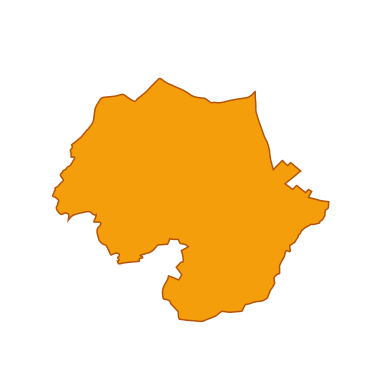 the district of Yen Mo, Ninh Bình, Vietnam, rotated 298°
{"feature_id": "81297802B9308814425220", "entity_name": "Yen Mo", "entity_type": "district", "adm_level": 2, "iso_a3": "VNM", "parent_name": "Vietnam", "parent_adm1": "Ninh Bình", "projection": "robinson", "projection_center": [105.992, 20.128], "detail": "fine", "context": "isolated", "style": "filled", "palette": "amber", "viewbox_px": 384, "rotation_deg": 298, "n_neighbors": 0, "source": "geoboundaries", "source_scale": "gbopen_adm2", "svg_char_len": 5952}
<svg xmlns="http://www.w3.org/2000/svg" viewBox="0 0 384 384"><g transform="rotate(298 192 192)"><path d="M83.3,262.6L85.7,264.4L90.5,268.6L93.9,271.3L100.7,274.3L103.4,281.6L109.1,290.5L110.3,292.0L112.6,292.0L115.8,291.8L117.7,292.1L118.9,293.5L121.0,295.9L122.7,297.3L125.4,300.3L127.7,303.6L129.6,305.9L133.1,308.0L135.1,308.1L142.1,307.4L144.3,307.7L147.6,307.9L149.8,307.9L150.7,307.5L151.9,306.5L153.9,305.2L155.3,304.7L156.7,304.9L159.9,306.1L160.5,307.1L161.2,307.6L162.1,307.1L168.0,303.9L172.2,303.7L178.4,303.8L182.3,302.8L183.9,302.7L184.4,302.9L184.9,303.5L185.0,306.0L185.8,306.4L186.7,306.3L187.6,305.5L189.2,304.1L190.7,303.5L193.4,305.0L196.2,306.4L198.8,306.4L200.5,306.7L201.7,306.7L202.5,306.7L203.6,306.3L204.0,306.3L204.4,306.4L205.2,306.8L206.1,306.9L208.9,306.9L209.4,306.9L209.8,307.1L210.3,307.2L211.0,307.7L212.2,308.1L213.1,308.3L219.1,312.2L219.5,312.6L219.9,313.6L220.2,314.2L221.2,315.6L222.5,316.9L223.6,318.3L224.5,319.1L224.9,319.2L225.1,319.1L225.4,318.8L225.6,318.7L225.8,318.7L226.0,318.7L228.6,320.1L228.8,320.1L229.6,320.2L232.0,320.3L233.1,320.5L233.5,320.4L236.1,319.1L237.6,318.6L238.0,318.5L238.6,318.5L239.1,318.5L239.7,319.0L241.1,319.6L241.9,319.7L242.5,319.6L243.0,319.4L245.0,318.5L247.6,317.3L245.8,312.6L244.4,308.4L244.3,307.4L242.8,301.0L242.4,299.9L242.1,298.2L242.0,297.3L243.7,297.3L248.7,297.4L248.8,293.6L244.8,292.6L245.1,290.6L246.4,283.9L246.9,281.6L246.8,281.3L246.5,281.2L245.8,280.9L244.2,280.4L241.9,279.9L241.6,279.7L242.9,270.3L256.1,275.9L257.0,276.2L259.6,277.1L261.5,278.2L264.3,265.3L260.2,264.1L261.2,260.0L261.4,259.4L261.8,258.7L262.3,257.2L261.8,256.9L257.4,255.5L249.9,253.3L256.9,246.7L261.4,243.2L263.4,242.0L264.3,241.4L266.5,239.6L269.4,236.9L271.7,234.5L273.4,232.0L275.5,229.1L276.5,228.1L285.3,218.4L288.5,215.1L289.9,213.8L291.4,212.1L293.6,210.4L295.7,209.1L297.9,208.0L302.1,205.5L306.2,202.8L307.8,202.1L310.2,200.7L309.2,200.1L306.3,199.4L304.6,198.7L303.1,197.9L302.3,197.3L301.3,196.4L300.6,195.6L297.4,191.3L294.8,187.8L290.9,182.9L285.2,176.5L283.8,174.5L283.2,173.5L282.5,171.9L281.5,169.4L280.4,168.1L280.2,167.8L280.0,167.4L279.9,167.0L279.8,166.2L280.5,161.8L280.7,160.0L280.6,159.2L280.5,158.8L280.1,157.9L278.0,152.2L277.7,151.3L277.2,148.8L277.0,147.2L277.0,145.9L277.6,140.9L277.7,138.5L277.7,135.5L277.0,127.1L276.9,123.5L276.5,120.5L276.5,118.9L276.6,116.5L277.1,113.6L277.3,111.4L277.2,110.5L277.1,110.2L276.9,110.0L276.5,109.7L275.7,109.4L274.7,109.0L265.6,106.3L263.2,105.7L261.3,105.2L257.7,104.0L252.7,101.9L249.2,100.3L248.3,100.0L245.9,99.5L245.6,99.4L245.3,99.1L245.1,98.7L245.0,98.4L244.9,96.8L244.9,95.7L245.1,92.8L245.5,89.2L245.9,86.9L246.0,86.2L245.9,85.8L245.6,84.8L245.2,84.2L242.1,80.9L240.5,79.1L236.6,73.3L234.0,69.4L233.3,68.6L232.9,68.3L231.6,67.7L230.8,67.5L224.7,67.1L221.1,67.2L219.3,67.6L217.9,68.1L216.1,68.7L213.4,69.8L208.9,71.4L208.0,71.6L206.2,71.8L205.3,71.7L202.3,71.4L201.3,71.1L198.8,70.8L197.4,70.1L195.5,69.9L191.3,68.9L190.0,68.7L188.3,68.3L184.8,66.8L183.0,66.1L179.0,64.4L177.3,63.5L176.2,64.7L175.6,65.1L175.1,65.3L174.4,65.4L173.7,65.4L172.9,65.2L172.3,64.9L171.9,65.0L171.6,65.1L171.1,65.4L170.0,66.4L169.5,66.9L168.6,67.6L167.6,68.0L166.6,68.5L166.2,69.0L166.2,69.4L166.4,69.8L166.8,70.4L167.3,70.8L167.5,71.1L167.7,71.4L167.7,71.6L167.6,71.9L167.4,72.1L166.8,72.4L165.9,72.5L165.2,72.5L164.0,72.4L162.5,72.4L159.7,72.2L158.7,72.1L158.1,72.0L157.6,71.7L156.2,70.8L155.4,70.3L154.8,70.2L153.4,70.0L152.4,69.7L151.9,69.4L150.6,68.3L150.3,68.2L149.9,68.2L149.0,68.4L148.6,68.4L148.2,68.3L146.7,67.6L146.2,67.6L145.7,67.7L145.3,67.9L144.9,68.1L144.2,69.1L143.7,69.9L142.9,71.8L142.6,72.4L141.8,72.9L141.0,72.9L140.6,72.8L137.6,71.6L135.9,71.5L133.8,70.8L132.4,69.9L131.9,69.7L131.6,69.3L131.2,69.3L130.6,69.5L129.6,70.2L128.8,70.3L128.0,70.1L127.1,70.3L126.5,70.5L126.0,70.6L124.5,70.5L123.7,70.7L123.2,70.9L122.9,71.2L123.0,72.7L123.2,73.6L123.0,74.8L122.7,76.0L122.5,77.3L122.1,77.9L121.7,78.5L121.1,78.7L119.5,78.6L118.9,78.8L118.5,79.1L117.7,79.3L117.1,79.4L116.2,79.3L114.7,79.4L114.1,79.7L112.4,81.6L111.3,84.0L110.7,86.0L110.7,86.6L111.3,87.7L113.3,89.3L114.5,90.7L114.5,92.5L114.3,93.4L113.9,94.0L113.3,94.4L111.9,94.9L109.0,96.0L110.7,96.3L113.1,96.8L114.3,97.3L115.4,97.9L117.0,99.0L118.7,100.7L124.7,107.6L125.8,109.3L126.7,111.4L126.7,112.1L126.2,113.1L125.9,115.3L126.0,117.1L127.1,118.0L126.0,118.5L124.3,118.8L122.5,118.9L119.6,119.3L119.8,120.4L120.4,121.2L121.2,123.1L122.2,124.8L121.9,125.5L121.4,126.3L120.5,126.5L119.3,126.6L118.4,126.4L116.2,125.7L114.4,125.9L113.6,126.1L112.0,127.0L110.9,127.8L106.9,131.5L105.8,132.7L104.9,134.5L104.6,135.5L104.3,137.2L104.2,139.0L104.6,139.9L104.6,140.9L104.2,141.9L100.2,147.4L98.7,149.1L98.4,149.9L98.7,150.5L100.0,151.3L102.1,153.2L102.8,154.5L103.0,155.7L103.1,156.4L103.0,156.9L102.3,157.4L101.4,157.7L99.3,157.1L98.8,157.6L98.6,158.5L98.3,159.0L97.7,159.4L97.0,159.4L96.1,158.5L94.1,160.7L95.2,162.7L96.9,164.4L101.4,170.8L104.1,175.1L105.4,177.0L106.1,177.9L106.3,177.9L106.5,177.9L107.3,177.3L107.9,177.0L108.3,176.9L108.7,177.1L109.1,177.5L109.6,178.2L110.1,178.8L110.6,179.2L110.8,179.2L111.2,179.1L111.5,178.2L111.5,176.3L111.7,176.0L112.3,176.5L115.6,179.8L118.7,183.1L119.9,183.7L121.8,184.9L125.2,185.7L126.0,186.0L127.3,186.2L128.7,186.5L129.8,187.4L130.7,189.1L132.3,191.5L134.2,194.7L135.9,194.9L139.1,194.6L140.4,194.3L140.9,196.6L141.9,198.7L143.7,202.2L142.4,203.7L141.3,205.1L141.2,206.4L141.9,208.4L142.6,211.8L142.1,213.0L142.0,214.6L135.2,210.1L132.5,212.9L127.7,216.4L126.4,217.0L124.6,215.1L123.2,214.7L121.8,214.4L120.2,214.0L118.2,213.4L114.2,221.8L108.1,221.6L107.5,214.4L106.9,210.7L103.6,211.5L98.0,211.4L94.0,211.5L91.0,212.4L88.7,213.5L85.6,215.6L84.5,216.5L84.2,217.6L84.6,218.9L85.3,220.3L85.3,223.2L84.7,224.3L83.3,225.8L82.8,227.7L82.1,229.5L80.2,235.1L79.6,236.2L76.8,237.8L75.5,238.6L74.4,239.7L73.8,240.5L76.6,248.3L79.9,255.8L81.5,259.9L83.3,262.6Z" fill="#f59e0b" stroke="#b45309" stroke-width="1.5"/></g></svg>